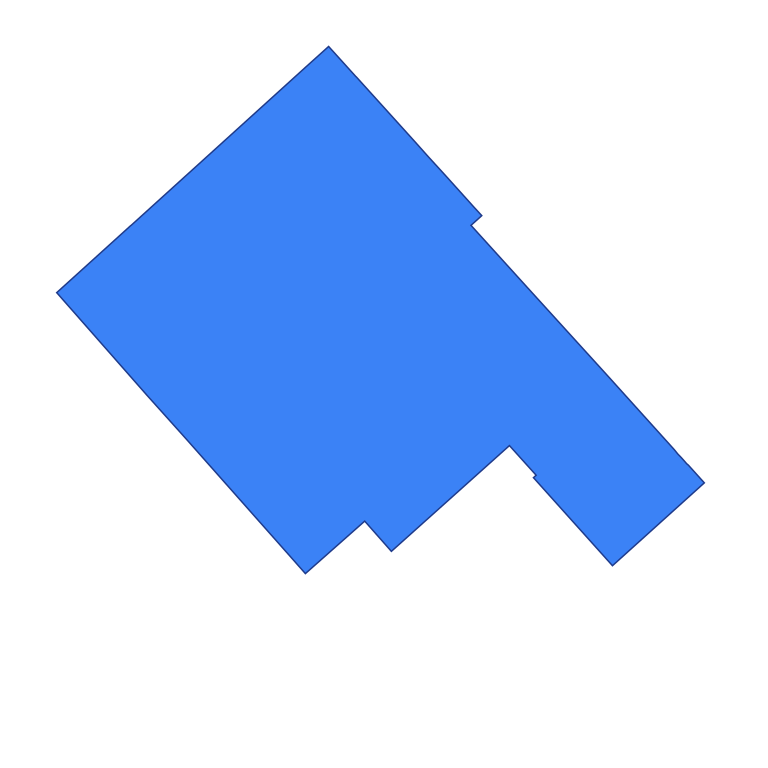 Union, New Mexico, United States of America (orthographic projection), rotated 318°
{"feature_id": "52423323B81982192352260", "entity_name": "Union", "entity_type": "district", "adm_level": 2, "iso_a3": "USA", "parent_name": "United States of America", "parent_adm1": "New Mexico", "projection": "orthographic", "projection_center": [-103.293, 36.37], "detail": "fine", "context": "isolated", "style": "filled", "palette": "blue", "viewbox_px": 768, "rotation_deg": 318, "n_neighbors": 0, "source": "geoboundaries", "source_scale": "gbopen_adm2", "svg_char_len": 585}
<svg xmlns="http://www.w3.org/2000/svg" viewBox="0 0 768 768"><g transform="rotate(318 384 384)"><path d="M569.3,324.3L569.2,312.3L569.2,277.6L569.2,271.0L569.0,244.5L569.1,224.3L568.9,137.4L568.8,136.5L568.7,96.1L538.1,96.1L512.6,96.2L302.0,96.9L301.6,96.8L201.9,97.1L200.3,233.4L200.2,292.8L198.9,452.4L198.7,472.3L277.9,473.0L277.5,513.3L436.0,513.7L436.0,553.6L432.4,553.6L432.2,671.9L555.9,671.8L555.9,648.0L555.6,645.8L555.7,637.7L555.5,632.7L555.8,627.0L555.7,527.6L555.1,407.8L555.1,407.5L554.8,324.3L569.3,324.3Z" fill="#3b82f6" stroke="#1e3a8a" stroke-width="1.5"/></g></svg>